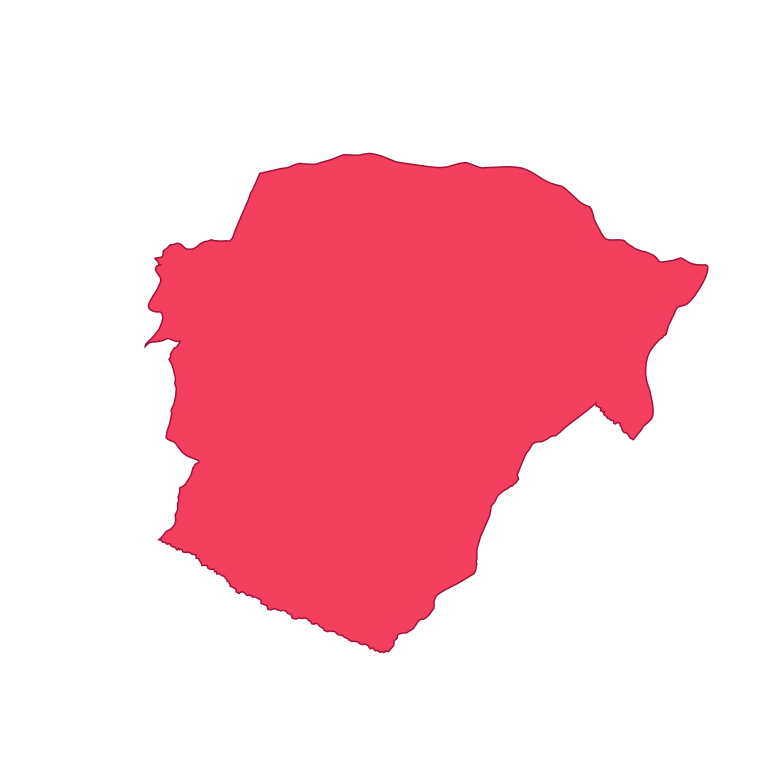 Basankusu, Équateur, Democratic Republic of the Congo, rotated 23°
{"feature_id": "63176286B59821830207387", "entity_name": "Basankusu", "entity_type": "district", "adm_level": 2, "iso_a3": "COD", "parent_name": "Democratic Republic of the Congo", "parent_adm1": "Équateur", "projection": "orthographic", "projection_center": [19.985, 1.055], "detail": "fine", "context": "isolated", "style": "filled", "palette": "rose", "viewbox_px": 768, "rotation_deg": 23, "n_neighbors": 0, "source": "geoboundaries", "source_scale": "gbopen_adm2", "svg_char_len": 6170}
<svg xmlns="http://www.w3.org/2000/svg" viewBox="0 0 768 768"><g transform="rotate(23 384 384)"><path d="M635.2,337.9L638.6,326.4L639.3,321.7L642.1,315.9L643.2,313.3L643.8,311.3L643.8,309.1L643.5,306.7L641.4,301.8L638.4,296.5L630.4,285.3L625.4,279.7L622.4,275.1L620.9,272.5L619.1,268.2L617.2,262.4L616.3,258.1L615.9,253.5L616.1,249.4L617.9,242.0L620.2,235.5L622.3,232.3L622.4,230.7L623.4,229.6L624.2,228.2L623.0,218.9L623.6,207.5L623.6,203.3L623.7,201.3L624.0,199.5L624.5,198.4L626.5,196.6L629.8,194.0L631.8,191.9L633.8,187.0L635.5,181.4L636.8,174.7L637.4,170.7L638.0,165.2L638.2,160.9L638.0,156.4L637.5,153.2L636.5,150.3L636.1,149.6L635.3,148.8L634.5,148.6L633.1,148.8L630.4,150.1L626.6,151.6L623.1,152.5L619.5,153.1L615.1,152.7L610.4,152.1L608.6,151.9L607.8,152.1L604.7,154.7L601.4,157.7L597.6,159.9L593.4,162.4L591.8,163.5L590.6,163.7L589.2,163.5L586.9,162.2L584.6,161.1L582.2,160.4L578.5,160.1L574.0,160.1L569.3,161.0L566.0,161.2L562.0,161.3L559.4,160.7L554.1,159.9L551.4,159.1L549.9,158.5L548.8,158.2L547.4,158.4L544.1,159.4L536.6,162.8L534.7,163.4L533.4,163.7L532.2,163.8L530.5,163.6L529.2,162.9L525.7,160.8L522.3,158.0L513.5,150.8L509.2,145.0L506.9,142.4L504.4,140.7L500.9,140.7L497.5,140.6L493.9,140.2L488.8,138.4L476.9,134.2L472.0,132.7L469.5,132.6L464.2,133.5L459.2,134.0L455.1,134.0L449.7,133.4L444.5,132.5L440.5,131.9L436.9,131.4L433.5,131.2L430.0,131.2L426.6,131.4L422.3,132.4L418.0,133.8L412.4,135.9L402.3,140.8L393.6,144.8L390.3,146.6L387.5,147.3L382.0,147.6L377.5,147.7L374.4,147.9L372.0,148.6L366.9,151.8L361.9,155.7L357.6,159.4L350.5,163.2L343.1,165.7L330.5,169.1L318.5,172.3L308.8,174.8L292.8,175.1L286.9,175.9L280.7,177.3L274.9,180.7L271.3,183.4L261.6,187.1L257.0,188.9L247.0,198.7L239.2,204.9L236.4,207.5L234.2,209.0L229.0,211.0L224.1,212.8L220.2,213.8L218.1,215.5L215.5,217.6L211.1,222.3L204.8,226.1L187.4,238.7L187.3,256.5L186.6,259.5L187.2,267.8L187.0,284.8L187.0,293.3L187.0,301.2L187.6,308.9L186.0,313.0L183.2,313.6L178.3,316.1L171.9,318.4L168.9,318.6L166.2,321.2L163.2,323.0L160.0,326.9L157.7,331.5L155.0,334.7L150.0,336.8L147.7,336.7L143.1,334.9L139.7,334.9L138.0,335.6L135.5,338.2L132.8,339.4L131.1,344.0L128.9,347.5L130.3,352.4L130.1,353.4L128.9,354.7L124.7,357.2L124.2,358.1L128.4,359.8L129.8,361.6L131.5,361.7L130.1,363.0L128.7,364.3L128.5,366.4L129.1,368.2L130.6,369.6L132.7,370.8L134.1,371.9L136.1,373.2L137.2,374.3L138.2,376.2L138.4,378.1L138.4,380.7L138.3,384.9L137.6,389.8L136.9,393.4L136.4,397.8L136.3,400.4L136.4,402.6L136.9,404.5L138.1,406.1L139.9,407.0L142.3,407.2L144.7,407.0L147.0,406.4L149.3,405.3L150.7,405.3L152.0,406.0L153.4,407.6L154.6,409.7L155.1,411.9L155.5,415.6L155.6,418.5L155.5,421.6L154.1,427.0L153.5,429.4L151.8,434.0L149.5,439.2L149.2,441.0L149.6,442.8L151.5,438.1L154.0,436.0L157.2,434.6L162.8,431.0L167.3,426.4L175.6,426.1L177.7,425.4L179.2,424.0L179.9,425.3L178.6,431.2L176.8,432.8L175.8,439.9L177.0,442.4L176.5,445.3L181.0,448.8L183.0,451.0L189.8,460.1L191.3,465.4L194.4,468.9L197.0,476.6L198.5,484.3L198.2,488.5L198.6,492.1L200.3,494.5L202.2,504.4L202.8,512.4L204.3,518.5L205.5,519.0L206.9,519.5L209.6,519.5L211.7,519.4L213.4,519.4L215.3,520.1L216.9,521.0L219.4,522.5L223.7,525.0L226.0,526.0L227.8,526.6L230.9,527.1L234.4,527.2L236.5,527.0L238.8,526.9L240.9,526.9L242.8,526.9L243.9,527.5L244.3,528.5L243.3,529.5L241.4,531.9L241.4,534.8L240.9,535.6L241.4,539.1L242.0,543.8L240.4,553.6L238.6,557.5L236.9,558.6L236.6,559.8L238.3,563.1L238.6,568.5L239.8,570.3L240.6,571.9L240.7,574.8L243.2,580.2L243.0,586.2L245.6,591.0L246.2,594.4L245.6,597.9L244.0,601.7L241.1,604.7L239.1,612.5L237.5,615.4L240.1,614.9L242.1,616.1L243.7,615.1L246.6,616.3L249.3,614.7L251.3,616.3L256.3,616.3L257.9,617.6L258.5,617.6L259.1,615.5L260.5,616.5L261.4,615.5L262.5,615.4L264.7,617.1L266.6,616.8L270.1,615.1L271.6,615.0L274.1,615.9L275.9,615.0L277.8,615.1L279.3,617.7L281.6,617.1L283.1,618.7L285.1,619.7L287.4,622.3L290.4,620.6L292.1,620.3L293.9,622.3L296.8,622.5L299.9,620.8L301.5,622.9L303.0,622.2L304.2,624.2L305.2,623.7L306.9,622.9L309.3,623.8L312.5,623.4L313.7,624.7L315.6,625.2L316.7,626.9L318.3,626.8L320.9,628.9L321.1,630.1L322.3,630.2L328.0,630.6L328.3,631.5L329.3,633.1L332.3,633.5L332.5,633.0L332.8,632.2L334.9,630.5L337.5,630.8L340.0,632.1L341.0,632.0L342.3,631.0L343.6,631.1L344.2,630.4L346.6,631.5L348.0,630.2L354.6,630.8L355.4,631.4L356.6,634.0L360.5,633.9L362.6,633.5L365.2,636.8L367.8,636.2L371.3,633.4L373.2,633.3L374.5,633.5L375.5,633.4L376.1,633.0L377.3,633.2L379.7,631.7L382.5,631.3L384.5,632.7L388.5,632.4L390.7,635.2L392.5,635.4L394.1,634.6L394.9,634.7L397.2,632.4L400.5,631.8L402.5,630.4L405.2,630.0L406.8,631.0L409.4,631.2L410.5,632.3L411.0,632.9L413.2,632.6L413.2,632.0L416.3,630.7L417.9,631.1L419.0,632.0L423.9,632.8L425.3,634.2L429.0,634.0L430.6,632.5L435.6,631.1L439.4,632.8L444.1,631.7L446.2,632.5L450.5,632.6L451.8,633.3L454.9,633.6L456.6,632.6L459.2,631.9L461.5,631.7L462.7,632.5L465.6,632.5L468.5,630.6L471.7,631.1L473.9,632.6L475.0,633.1L476.5,631.5L477.4,631.4L479.2,632.8L480.4,632.9L481.9,631.9L485.0,632.5L486.6,631.2L488.7,631.2L491.0,628.7L492.7,628.6L495.1,620.9L493.7,616.6L495.5,612.8L494.5,609.7L495.4,608.4L498.8,605.7L502.0,604.3L506.5,597.8L508.3,588.7L509.5,586.6L511.9,585.3L513.3,583.8L515.7,579.2L517.5,571.0L516.4,567.6L515.0,564.8L514.8,562.1L514.8,559.4L515.6,556.9L520.2,550.2L530.6,537.7L534.9,531.8L537.4,528.2L540.3,524.5L540.8,523.3L541.3,521.2L540.9,518.7L540.2,516.3L539.7,513.4L538.1,511.3L537.8,508.4L534.1,500.0L532.5,486.7L532.7,463.8L530.5,454.6L531.9,449.2L532.4,442.0L535.6,435.7L538.0,432.9L540.5,428.6L542.3,427.4L542.6,425.1L543.9,423.7L545.0,418.8L542.2,416.0L541.7,398.2L542.2,391.1L543.0,389.1L544.1,381.4L545.9,378.8L547.7,377.3L551.5,375.7L555.8,370.9L557.7,367.6L559.1,366.1L562.2,364.5L565.1,359.1L566.8,355.1L568.2,352.2L581.0,329.6L586.6,318.8L587.9,321.3L590.0,321.1L590.7,321.6L593.1,321.3L593.5,323.9L593.9,324.1L595.1,323.1L596.3,324.3L597.7,323.3L598.1,326.2L602.0,326.9L602.9,328.2L605.1,328.0L607.4,328.8L608.1,328.3L610.0,328.5L611.0,330.4L612.3,330.5L613.9,328.4L614.7,328.0L616.7,328.2L617.5,329.9L619.6,331.0L621.6,333.5L624.2,334.9L626.3,334.1L627.6,334.6L631.3,337.4L635.2,337.9Z" fill="#f43f5e" stroke="#9f1239" stroke-width="1.5"/></g></svg>